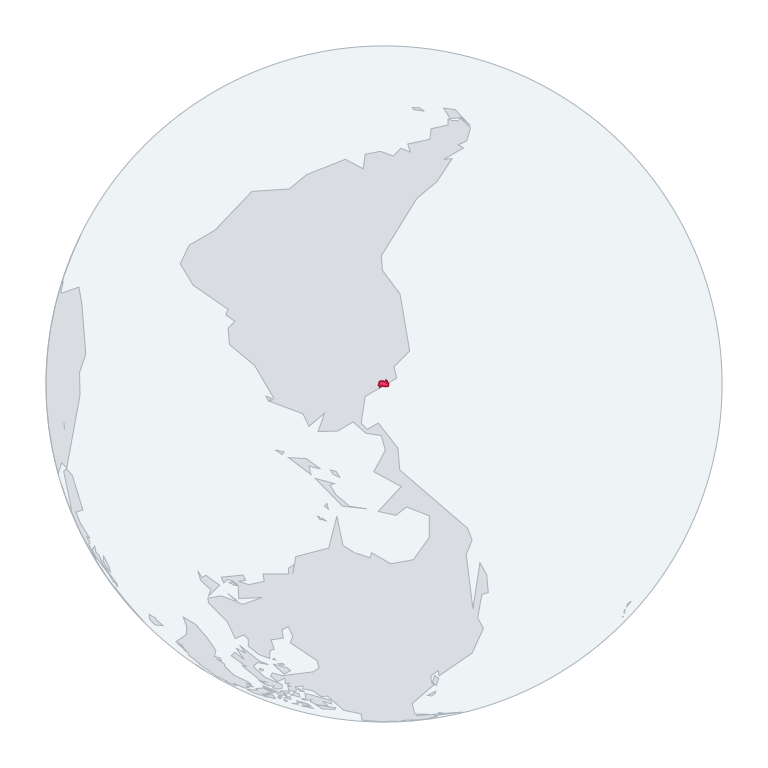 Esmeraldas on an orthographic globe, rotated 202°
{"feature_id": "ECU-1335", "entity_name": "Esmeraldas", "entity_type": "Province", "adm_level": 1, "iso_a3": "ECU", "parent_name": "Ecuador", "parent_adm1": "", "projection": "orthographic", "projection_center": [-79.299, 0.692], "detail": "fine", "context": "on_globe", "style": "filled", "palette": "rose", "viewbox_px": 768, "rotation_deg": 202, "n_neighbors": 0, "source": "natural_earth", "source_scale": "10m", "svg_char_len": 9097}
<svg xmlns="http://www.w3.org/2000/svg" viewBox="0 0 768 768"><g transform="rotate(202 384 384)"><circle cx="384" cy="384" r="338" fill="#eef3f6" stroke="#a8b0b8"/><path d="M390.5,339.1L382.5,335.6L374.7,345.6L347.1,329.7L337.2,310.2L252.5,281.5L243.8,272.2L243.9,256.6L217.3,208.8L228.1,254.2L217.4,245.7L209.2,229.7L214.4,225.4L209.6,202.4L200.3,194.6L201.5,167.6L223.6,134.1L226.3,138.5L231.3,130.9L228.3,125.4L225.0,123.8L238.2,98.3L231.8,89.6L218.8,94.5L230.2,88.3L198.4,104.3L187.9,109.4L206.5,99.2L213.5,95.1L209.7,95.6L216.2,91.6L218.0,90.0L226.1,85.6L236.3,81.2L241.6,78.5L238.7,79.3L244.8,76.1L248.4,75.3L259.5,70.0L278.6,64.1L281.7,69.6L299.0,66.4L319.8,73.5L324.6,70.6L335.5,72.9L345.1,70.9L346.2,73.8L352.9,69.8L350.0,67.6L352.0,65.4L357.4,64.3L359.8,67.5L357.4,68.5L360.9,68.9L359.8,71.1L363.4,69.4L365.7,74.1L371.4,68.1L379.9,70.7L379.2,74.3L368.9,75.6L341.6,90.7L337.8,96.6L342.7,102.5L374.0,109.0L374.0,115.6L381.7,123.2L386.5,118.2L382.2,110.7L393.0,104.4L386.4,97.1L389.8,93.9L387.3,86.7L398.9,86.3L411.6,90.2L414.3,96.6L419.9,98.9L426.5,92.3L440.3,104.9L464.7,115.4L467.1,119.5L455.3,126.7L432.3,126.8L417.0,140.4L438.3,130.7L443.8,142.7L449.5,144.7L455.8,144.1L458.2,139.5L462.5,143.9L443.0,154.1L438.8,150.1L445.0,146.6L434.2,147.3L421.1,156.1L425.0,162.5L401.1,172.2L403.6,177.3L399.8,182.9L397.5,173.8L401.1,190.9L373.8,211.2L378.2,243.8L361.5,218.9L348.0,216.5L331.8,217.7L332.2,222.9L310.3,219.9L290.9,232.1L284.5,258.6L292.6,278.7L316.9,278.5L323.9,266.7L341.6,263.7L329.6,295.4L360.6,298.9L357.9,322.9L367.1,335.2L382.4,331.6L398.4,337.3L409.4,323.0L427.3,315.2L428.2,334.7L437.7,316.7L448.0,326.0L483.4,325.0L480.8,329.5L510.7,352.6L542.1,362.8L549.4,377.3L545.8,386.3L556.4,388.9L556.6,394.8L597.9,404.1L617.9,419.1L616.6,439.7L598.3,463.4L578.5,513.2L544.9,529.3L534.1,549.2L504.0,577.9L483.9,575.7L487.5,589.9L474.5,598.4L460.8,598.9L456.6,608.8L446.4,608.9L451.9,615.4L433.2,628.0L435.9,638.3L421.7,648.1L423.9,654.0L419.3,653.8L414.0,655.9L412.8,659.2L399.7,653.7L398.4,640.4L404.8,633.7L398.8,632.5L412.6,614.8L405.3,618.4L410.8,591.3L423.0,568.6L434.5,502.0L428.0,488.7L402.8,473.4L372.6,424.2L381.2,403.7L374.4,394.3L396.8,365.4L390.5,339.1ZM73.3,275.4L75.7,267.8L75.6,272.1L73.3,275.4ZM76.3,263.7L75.6,266.1L76.0,264.1L76.3,263.7ZM75.9,262.5L76.2,263.4L75.6,263.2L75.9,262.5ZM75.2,261.9L75.7,261.9L75.5,262.2L75.2,261.9ZM376.8,255.2L412.3,270.7L392.6,273.1L396.2,270.0L387.2,263.4L370.4,257.7L353.0,261.8L376.8,255.2ZM75.0,258.7L75.1,257.7L75.9,256.9L75.0,258.7ZM391.8,236.5L385.7,235.3L391.6,235.1L391.8,236.5ZM222.6,124.0L227.5,125.8L227.9,132.8L223.0,131.5L222.6,124.0ZM222.9,112.6L227.0,111.7L221.0,118.6L220.5,116.9L222.9,112.6ZM208.1,99.7L210.9,99.4L206.0,101.2L208.1,99.7ZM216.9,90.6L214.0,92.2L216.2,90.8L216.9,90.6ZM381.1,87.5L384.1,87.1L383.0,88.6L381.1,87.5ZM377.1,85.0L373.6,87.1L371.2,86.3L373.4,85.0L377.1,85.0ZM233.9,81.2L232.2,82.2L230.5,83.0L232.8,81.8L233.9,81.2ZM381.9,82.8L367.4,84.6L363.2,83.3L368.1,77.6L381.9,82.8ZM247.0,75.1L246.4,75.4L245.5,75.8L247.0,75.1ZM346.8,67.5L350.1,69.7L342.4,69.1L346.8,67.5ZM341.4,67.7L314.8,70.8L312.6,67.7L322.0,66.9L315.1,64.4L327.1,61.3L333.6,62.0L332.6,64.4L337.9,61.5L341.4,67.7ZM352.2,64.5L347.0,65.1L344.7,62.3L354.7,60.7L352.2,62.0L352.2,64.5ZM307.5,65.7L307.6,63.8L317.3,60.5L318.6,59.5L327.2,61.0L307.5,65.7ZM355.5,62.1L359.8,60.1L365.7,60.5L357.1,63.8L355.5,62.1ZM340.0,62.4L339.4,61.1L342.9,61.2L340.0,62.4ZM389.3,62.4L383.2,62.4L381.5,60.8L389.3,62.4ZM361.0,59.3L358.9,59.2L357.5,58.7L361.5,57.6L361.0,59.3ZM333.5,58.9L337.5,58.3L330.4,58.1L337.4,56.2L341.9,57.8L342.9,56.4L345.1,55.8L346.3,57.8L333.5,58.9ZM361.5,55.4L369.6,57.7L381.3,57.6L383.2,58.8L363.9,58.9L361.5,55.4ZM352.5,56.6L358.5,56.0L357.7,57.5L353.2,58.8L352.5,56.6ZM340.6,54.6L328.7,57.0L328.1,56.7L340.6,54.6ZM365.1,55.0L363.0,54.5L366.0,54.8L365.1,55.0ZM348.3,54.2L344.1,55.0L343.6,54.5L348.3,54.2ZM362.4,53.2L365.0,53.8L362.0,54.5L362.4,53.2ZM356.1,53.4L356.3,52.7L359.4,54.4L354.3,53.8L356.1,53.4ZM348.4,53.7L346.8,53.7L350.2,53.5L348.4,53.7ZM372.3,50.6L376.9,52.7L370.2,54.0L366.7,51.7L372.3,50.6ZM420.9,665.1L400.5,655.7L412.2,660.0L422.0,655.0L432.1,662.1L420.9,665.1ZM448.8,652.1L459.2,649.4L461.2,651.0L454.5,653.3L448.8,652.1ZM631.7,154.2L625.5,147.8L628.7,153.6L648.2,182.9L646.9,186.6L638.7,182.4L616.0,154.5L621.6,149.8L613.6,141.5L599.2,130.9L602.1,130.9L596.9,126.6L597.8,125.1L585.8,114.1L584.7,112.4L567.4,100.3L564.4,98.3L575.5,105.7L582.6,110.6L582.3,110.4L608.1,131.0L631.7,154.2ZM566.4,99.5L555.7,93.0L559.4,95.8L542.0,85.9L517.2,73.4L542.3,85.5L566.4,99.5ZM721.0,409.0L721.7,390.7L721.4,365.9L720.5,356.0L719.8,359.2L717.8,347.5L716.6,347.7L703.2,359.6L694.2,345.2L671.7,300.0L670.6,280.7L661.7,259.8L646.7,187.5L653.3,190.1L652.6,179.1L654.2,181.1L664.8,196.1L665.8,197.5L678.7,218.6L690.0,240.6L699.7,263.4L707.6,286.8L713.9,310.7L718.3,335.0L721.0,359.6L721.9,384.3L721.0,409.0ZM663.2,222.2L666.3,228.3L663.2,222.2ZM484.5,324.7L488.8,328.5L483.2,328.6L484.5,324.7ZM390.0,280.9L397.4,281.2L401.4,284.1L395.8,285.1L390.0,280.9ZM451.7,280.5L460.1,282.1L451.5,283.7L451.7,280.5ZM417.8,272.7L445.0,280.0L428.3,285.7L411.1,281.5L422.8,279.7L417.8,272.7ZM388.8,247.2L393.5,248.5L392.2,251.9L388.8,247.2ZM396.1,236.4L394.3,236.7L391.9,234.0L396.1,236.4ZM444.9,142.1L446.6,141.4L453.2,141.8L450.4,143.8L444.9,142.1ZM480.4,133.3L486.5,140.8L480.2,136.4L477.6,139.9L461.0,135.9L467.4,121.4L467.5,128.3L480.4,133.3ZM440.7,127.9L450.5,131.1L439.6,128.2L440.7,127.9ZM567.4,107.5L572.0,109.4L578.1,114.3L579.4,119.3L570.7,111.9L567.4,107.5ZM577.1,111.3L556.6,98.6L554.9,96.0L559.3,99.4L560.3,98.9L567.6,104.5L586.1,115.5L592.6,120.7L591.6,125.3L588.3,120.5L584.1,118.5L577.1,111.3ZM507.2,80.2L498.3,77.2L506.1,74.9L513.5,78.2L515.4,82.5L507.8,81.4L507.2,80.2ZM393.2,73.5L389.3,74.3L388.6,73.2L391.4,71.6L393.2,73.5ZM386.6,62.5L409.6,69.6L406.3,70.6L423.8,74.8L421.9,79.4L410.6,76.3L422.2,83.7L411.3,82.7L420.1,87.7L395.3,80.3L385.9,80.6L397.1,78.3L399.1,73.9L397.2,72.1L384.7,67.5L365.5,67.0L364.5,63.4L368.8,61.1L373.3,60.6L372.6,62.9L379.0,60.7L381.4,63.8L386.6,62.5ZM420.5,49.1L417.8,49.6L431.1,50.2L433.5,51.4L434.9,51.4L440.9,53.0L450.4,55.2L450.0,55.8L453.9,56.5L457.9,57.9L463.2,59.3L464.2,61.0L470.7,63.0L467.5,62.8L478.4,65.9L470.8,64.5L475.2,66.9L480.3,67.0L473.3,77.9L476.2,85.3L482.8,92.7L468.8,90.6L453.7,82.9L440.0,74.0L439.2,67.9L433.0,68.6L430.8,66.1L436.6,66.5L426.4,64.5L426.1,62.7L413.9,57.8L399.2,57.0L394.4,55.7L400.0,55.1L391.3,54.3L398.6,52.6L395.3,51.8L399.3,49.9L412.0,50.2L407.3,49.3L410.1,48.5L420.5,49.1ZM373.9,50.0L388.5,48.9L397.0,49.4L386.6,52.7L388.6,53.7L382.2,56.9L370.0,56.4L373.0,55.4L373.0,54.5L376.8,54.9L373.7,53.9L377.7,52.7L376.4,51.7L381.5,51.4L373.9,50.0ZM639.0,162.7L638.1,161.5L645.9,170.6L639.0,162.7ZM631.0,153.6L637.5,160.7L633.9,156.9L631.0,153.6ZM577.1,106.7L574.0,104.6L573.1,103.9L577.1,106.7ZM453.6,53.3L444.7,51.6L443.0,51.3L453.6,53.3Z" fill="#d9dde1" stroke="#a8b0b8" stroke-width="1"/><path d="M386.8,379.6L387.1,379.9L387.2,380.0L387.4,380.2L387.5,380.3L387.6,380.5L387.9,380.7L388.0,380.6L388.1,380.8L388.3,380.9L388.3,381.0L388.5,381.0L388.8,381.0L388.7,381.2L388.7,381.3L388.7,381.6L388.6,381.9L388.5,382.1L388.5,382.4L388.5,382.5L388.8,382.7L388.9,382.9L389.0,382.9L389.0,383.2L389.1,383.3L389.0,383.5L388.9,383.5L388.7,383.5L388.8,384.0L388.9,384.3L389.0,384.3L389.1,384.5L389.1,384.8L388.9,384.9L388.7,384.9L388.5,385.0L388.4,385.1L388.2,385.4L388.0,385.7L387.9,385.8L387.7,385.9L387.5,385.7L387.4,385.7L387.2,385.7L386.9,385.6L386.7,385.6L386.4,385.7L386.3,385.8L386.3,386.0L386.2,386.0L385.9,386.4L385.9,386.5L385.7,386.5L385.6,386.4L384.9,386.2L384.6,386.2L384.3,386.3L384.2,386.4L384.0,386.5L383.9,386.6L383.7,386.7L383.7,386.8L383.9,386.9L384.0,387.0L383.9,387.2L383.8,387.4L383.7,387.5L383.6,387.8L383.4,388.0L383.2,388.0L383.2,388.3L383.2,388.2L383.3,388.3L383.2,388.3L382.9,388.2L382.5,388.2L382.4,388.2L382.2,388.0L382.1,387.9L382.2,387.7L382.3,387.6L382.4,387.4L382.1,387.2L381.9,387.2L381.7,387.1L381.6,386.9L381.8,386.7L381.6,386.3L381.5,386.2L381.6,385.9L381.4,385.9L381.3,386.0L381.1,386.1L380.9,386.2L380.6,386.2L380.5,386.3L380.4,386.4L380.4,386.5L380.2,386.5L380.0,386.4L379.9,386.0L379.9,385.9L379.8,385.7L379.7,385.5L379.6,385.4L379.6,385.1L379.8,384.9L379.7,384.7L379.7,384.4L379.4,384.3L379.3,384.2L379.2,384.1L379.2,383.7L379.3,383.5L379.4,383.3L379.6,383.1L379.8,383.2L380.0,383.2L380.3,383.0L380.5,382.9L380.8,382.8L381.1,382.6L381.2,382.4L381.4,382.4L381.7,382.3L381.9,382.2L381.9,382.3L381.8,382.6L381.9,382.8L382.0,382.8L382.1,383.1L382.0,382.8L381.9,382.7L382.0,382.6L382.0,382.3L382.1,382.2L382.4,382.3L382.7,382.1L383.1,381.8L383.2,381.7L383.6,381.8L383.7,381.7L383.8,381.7L384.0,381.7L384.3,381.7L384.5,381.7L384.8,381.6L385.3,380.9L385.6,381.0L385.8,381.2L385.8,381.3L385.8,381.5L385.9,381.4L386.0,381.3L386.0,381.2L386.1,380.9L386.2,380.7L386.2,380.8L386.3,380.8L386.4,380.7L386.5,380.5L386.9,380.5L386.7,380.4L386.5,380.2L386.8,379.9L386.8,379.7L386.8,379.6ZM386.3,380.0L386.4,380.3L386.4,380.6L386.1,380.7L386.0,380.8L385.9,380.7L385.9,380.4L386.3,380.0Z" fill="#f43f5e" stroke="#9f1239" stroke-width="1.5"/></g></svg>